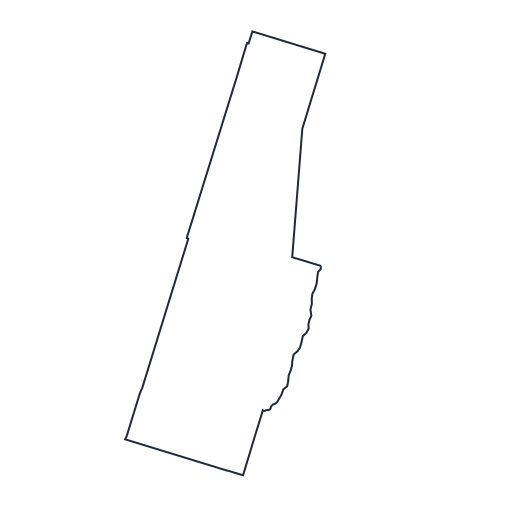 Eureka, Nevada, United States of America, rotated 17°
{"feature_id": "52423323B8686536787653", "entity_name": "Eureka", "entity_type": "district", "adm_level": 2, "iso_a3": "USA", "parent_name": "United States of America", "parent_adm1": "Nevada", "projection": "mercator", "projection_center": [-115.994, 40.081], "detail": "fine", "context": "isolated", "style": "outline", "palette": "slate", "viewbox_px": 512, "rotation_deg": 17, "n_neighbors": 0, "source": "geoboundaries", "source_scale": "gbopen_adm2", "svg_char_len": 903}
<svg xmlns="http://www.w3.org/2000/svg" viewBox="0 0 512 512"><g transform="rotate(17 256 256)"><path d="M186.9,42.3L186.8,54.9L185.1,55.0L185.3,92.4L184.5,259.0L186.2,259.4L185.8,415.4L185.1,421.1L185.0,466.2L184.4,469.6L290.8,469.7L292.5,469.5L307.7,469.5L307.7,456.0L307.6,423.1L307.7,410.2L307.6,401.5L308.3,401.8L309.7,401.6L310.6,400.6L313.3,399.4L314.4,398.3L314.4,395.4L314.9,394.6L315.5,393.2L316.5,392.5L317.4,391.8L318.9,389.8L319.5,387.1L320.9,381.2L321.1,375.6L323.9,371.5L323.4,366.4L322.2,360.8L322.6,355.2L322.5,350.6L321.5,346.4L320.8,339.2L323.6,334.8L324.8,330.9L324.7,325.1L324.2,319.0L326.6,314.8L327.6,310.1L326.1,305.9L325.8,301.5L326.4,296.9L323.7,291.3L323.4,285.5L321.7,280.2L321.0,275.8L322.0,270.2L322.0,263.9L320.9,258.8L320.0,253.1L321.8,249.5L321.0,247.1L320.5,246.5L291.0,246.6L263.1,120.8L263.1,42.4L186.9,42.3Z" fill="none" stroke="#1e293b" stroke-width="2"/></g></svg>